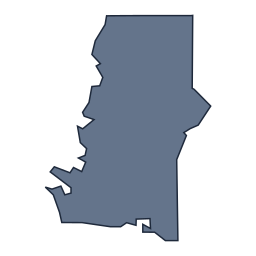 Murray, Georgia, United States of America (orthographic projection)
{"feature_id": "52423323B12443829653432", "entity_name": "Murray", "entity_type": "district", "adm_level": 2, "iso_a3": "USA", "parent_name": "United States of America", "parent_adm1": "Georgia", "projection": "orthographic", "projection_center": [-84.798, 34.786], "detail": "fine", "context": "isolated", "style": "filled", "palette": "slate", "viewbox_px": 256, "rotation_deg": 0, "n_neighbors": 0, "source": "geoboundaries", "source_scale": "gbopen_adm2", "svg_char_len": 838}
<svg xmlns="http://www.w3.org/2000/svg" viewBox="0 0 256 256"><path d="M59.5,212.3L61.8,222.5L82.1,222.6L110.3,226.7L120.7,226.7L126.6,222.7L136.0,225.3L136.2,219.1L150.0,218.6L150.5,228.5L142.8,224.3L142.8,232.1L154.6,232.2L165.4,240.6L177.9,240.6L176.7,159.6L186.4,135.5L183.8,132.6L190.2,128.6L198.2,125.1L210.7,106.1L194.1,89.3L192.2,88.3L192.7,15.4L191.1,15.6L144.4,15.6L142.8,15.6L122.4,15.7L107.7,15.8L107.2,15.9L106.6,15.8L105.1,24.6L95.3,40.7L91.9,54.5L100.4,63.7L96.2,66.0L102.8,77.4L99.7,85.8L91.9,86.5L89.0,102.5L82.6,112.3L84.2,116.2L94.0,119.6L82.7,128.8L77.5,126.2L80.3,142.6L86.6,148.6L85.1,155.4L78.4,158.0L85.7,162.1L81.7,171.6L73.5,167.5L70.0,172.8L54.3,166.8L50.2,171.9L71.0,187.7L71.0,193.1L64.8,194.8L60.9,186.1L52.0,189.1L45.3,187.1L53.3,194.8L59.5,212.3Z" fill="#64748b" stroke="#1e293b" stroke-width="1.5"/></svg>